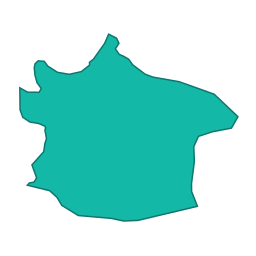 map outline of Ekiti (Equal Earth projection), rotated 272°
{"feature_id": "NGA-2854", "entity_name": "Ekiti", "entity_type": "State", "adm_level": 1, "iso_a3": "NGA", "parent_name": "Nigeria", "parent_adm1": "", "projection": "equal_earth", "projection_center": [5.414, 7.675], "detail": "fine", "context": "isolated", "style": "filled", "palette": "teal", "viewbox_px": 256, "rotation_deg": 272, "n_neighbors": 0, "source": "natural_earth", "source_scale": "10m", "svg_char_len": 862}
<svg xmlns="http://www.w3.org/2000/svg" viewBox="0 0 256 256"><g transform="rotate(272 128 128)"><path d="M164.4,18.5L160.3,26.3L160.6,38.0L164.5,39.9L170.1,35.5L177.5,33.2L185.1,32.2L189.0,32.9L192.0,35.9L191.7,42.0L187.1,45.6L181.2,55.6L179.6,67.4L182.7,79.3L189.5,87.4L192.3,87.2L195.6,91.1L211.8,101.7L221.1,105.4L217.4,113.4L212.3,116.0L206.7,112.6L201.3,116.6L199.3,121.6L196.8,126.2L191.4,130.4L182.4,143.2L179.7,151.3L176.0,177.7L164.8,212.9L143.1,237.5L131.5,231.4L127.1,212.2L122.1,198.7L111.7,194.4L97.0,195.5L74.4,193.4L66.7,193.8L52.2,200.1L36.0,141.2L34.9,126.8L37.1,114.6L38.8,81.3L48.4,64.5L56.2,59.5L62.6,51.9L67.3,29.4L69.6,31.3L70.7,36.0L75.0,38.4L87.8,33.3L101.4,44.6L109.6,45.5L114.6,46.9L123.3,45.0L125.0,45.7L126.9,45.0L129.4,38.5L130.6,29.6L135.0,22.5L142.3,19.5L164.4,18.5Z" fill="#14b8a6" stroke="#0f766e" stroke-width="1.5"/></g></svg>